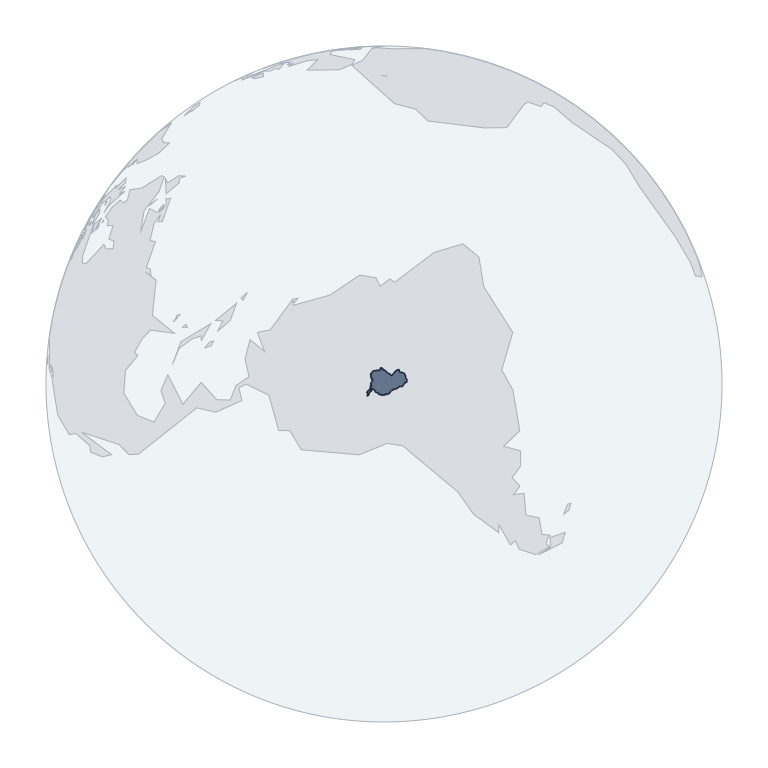 the Earth from above Rondônia, rotated 308°
{"feature_id": "BRA-595", "entity_name": "Rondônia", "entity_type": "State", "adm_level": 1, "iso_a3": "BRA", "parent_name": "Brazil", "parent_adm1": "", "projection": "orthographic", "projection_center": [-63.452, -10.832], "detail": "medium", "context": "on_globe", "style": "filled", "palette": "slate", "viewbox_px": 768, "rotation_deg": 308, "n_neighbors": 0, "source": "natural_earth", "source_scale": "10m", "svg_char_len": 7745}
<svg xmlns="http://www.w3.org/2000/svg" viewBox="0 0 768 768"><g transform="rotate(308 384 384)"><circle cx="384" cy="384" r="338" fill="#eef3f6" stroke="#a8b0b8"/><path d="M284.5,61.1L291.4,60.5L297.5,58.4L304.9,58.0L314.6,55.8L313.6,57.2L322.2,54.5L321.3,53.8L324.8,52.6L330.4,51.6L330.1,52.8L327.2,53.4L330.1,53.3L327.5,54.5L332.0,53.4L330.9,55.5L340.3,52.1L346.5,52.8L343.5,54.7L333.0,56.1L299.9,67.5L293.6,71.7L295.4,75.1L321.7,77.3L319.3,82.0L324.0,87.2L330.3,83.2L328.9,78.0L341.8,73.0L338.5,68.3L343.3,66.0L344.3,61.5L355.8,60.9L366.5,63.0L366.3,67.1L371.0,68.5L380.7,64.2L389.4,72.6L411.1,80.4L412.0,83.3L396.9,88.3L372.9,88.3L353.2,98.9L377.8,91.2L379.8,100.4L385.1,102.0L391.9,101.5L395.8,98.0L399.0,101.5L375.8,109.3L372.6,106.2L380.0,103.5L368.7,104.0L353.1,111.3L355.4,116.3L329.4,125.0L330.7,129.1L325.8,133.9L325.5,126.5L325.5,140.5L295.5,159.3L295.0,187.7L282.6,166.7L270.4,165.6L255.3,168.0L254.8,172.4L235.5,171.9L216.6,184.6L207.5,208.9L212.4,226.2L234.1,223.5L241.6,212.2L258.2,208.0L244.2,238.0L272.7,239.0L268.6,261.7L276.7,272.7L291.5,268.4L306.7,273.1L318.1,259.1L336.4,251.2L336.2,269.6L346.7,252.4L356.5,261.0L393.1,259.9L390.2,264.1L420.9,286.7L454.8,297.8L462.7,312.2L458.6,320.8L470.5,324.0L470.7,329.8L518.4,342.5L543.0,359.9L542.4,380.7L522.0,402.8L504.0,453.6L467.5,468.2L458.6,489.3L430.7,519.8L408.6,516.7L415.4,532.8L403.4,542.2L389.1,542.6L387.1,554.0L376.6,554.2L384.0,561.7L368.1,576.6L374.0,588.8L362.8,601.0L367.1,608.1L362.4,608.0L357.8,610.7L357.8,614.8L342.8,608.4L337.0,592.2L341.3,583.9L335.0,582.7L343.8,561.4L337.5,565.9L336.6,534.6L344.4,508.8L346.8,436.8L339.1,423.0L312.9,408.0L281.3,359.4L289.2,338.5L282.5,329.6L304.3,300.2L299.0,275.2L291.4,272.2L283.6,282.2L258.2,268.8L250.0,251.2L177.6,233.7L171.3,226.4L173.2,212.4L159.8,175.4L160.6,212.8L153.3,207.1L149.6,194.7L154.3,190.0L155.3,171.6L150.3,167.2L158.8,145.8L186.5,116.3L186.5,118.7L193.2,112.3L193.6,109.3L192.2,109.1L215.7,91.0L216.0,90.8L238.1,79.2L261.0,69.3L284.5,61.1ZM292.3,197.9L325.0,210.4L305.5,213.4L309.4,210.4L301.3,204.9L285.8,200.6L269.0,205.4L292.3,197.9ZM309.0,180.5L303.2,179.8L309.0,179.3L309.0,180.5ZM190.5,109.9L192.9,109.8L190.0,114.4L187.2,114.7L190.5,109.9ZM196.9,103.1L200.0,101.3L192.3,107.1L192.9,106.2L196.9,103.1ZM337.9,62.4L341.0,62.0L339.2,63.0L337.9,62.4ZM335.4,61.1L331.0,62.6L329.2,62.2L331.9,61.3L335.4,61.1ZM341.1,59.5L326.5,61.5L323.3,61.0L331.0,57.3L341.1,59.5ZM318.5,54.1L319.8,54.8L313.5,55.3L318.5,54.1ZM308.8,54.6L312.2,53.9L309.1,54.8L316.2,53.0L313.7,54.9L289.5,60.1L290.5,59.4L298.4,57.4L295.7,57.8L308.8,54.6ZM325.7,52.3L320.7,53.1L321.2,52.3L331.3,50.6L327.9,51.3L325.7,52.3ZM330.6,51.0L336.4,49.9L341.3,49.5L330.6,51.5L330.6,51.0ZM317.1,53.0L317.8,52.7L320.7,52.2L317.1,53.0ZM361.9,48.6L355.9,48.9L355.7,48.4L361.9,48.6ZM338.2,49.5L336.4,49.7L335.7,49.7L340.4,49.0L338.2,49.5ZM327.0,50.9L326.8,51.0L327.0,50.9ZM342.9,48.6L347.5,48.3L358.7,47.4L359.2,47.7L341.2,49.1L342.8,48.6L342.9,48.6ZM337.0,49.4L339.4,49.0L337.2,49.4L331.8,50.2L333.5,49.9L337.0,49.4ZM368.4,622.1L344.3,610.9L357.6,615.8L365.5,609.4L378.6,618.2L368.4,622.1ZM392.2,605.8L402.1,602.6L404.9,604.6L398.6,607.4L392.2,605.8ZM622.2,144.4L613.4,136.0L619.5,142.1L634.2,156.8L637.9,161.1L637.5,160.6L645.9,170.7L637.8,161.1L614.2,138.1L610.5,138.9L621.7,161.3L616.2,162.0L604.2,155.4L584.0,130.3L598.7,132.0L591.7,124.7L575.0,113.0L580.8,115.1L575.8,111.0L580.0,111.9L572.4,104.4L574.6,105.2L558.5,94.6L558.2,94.4L564.1,98.1L567.3,100.1L575.3,105.4L575.4,105.5L599.7,123.9L622.2,144.4ZM548.7,89.0L548.6,88.9L531.7,80.1L530.9,79.7L548.7,89.0ZM679.9,547.1L672.7,559.0L664.3,568.6L660.9,562.8L668.6,550.4L679.0,524.0L696.8,463.6L706.1,439.3L709.2,419.0L705.8,371.1L707.1,347.9L704.2,336.8L699.3,337.0L694.9,323.9L691.2,322.3L661.6,322.9L647.5,305.3L618.4,256.8L620.1,239.9L611.4,219.7L615.3,162.4L626.3,167.9L640.8,167.9L644.5,171.2L653.7,184.7L673.4,209.6L671.3,206.0L683.1,226.7L693.4,248.2L702.2,270.4L709.5,293.1L715.1,316.3L719.0,339.8L721.3,363.5L721.9,387.3L720.8,411.1L718.1,434.8L713.7,458.2L707.6,481.3L699.9,503.9L690.7,525.8L679.9,547.1ZM625.8,191.8L628.5,197.5L625.8,191.8ZM394.3,259.7L398.6,263.3L392.7,263.4L394.3,259.7ZM302.3,220.7L309.4,220.6L313.0,223.1L307.5,224.3L302.3,220.7ZM363.6,218.5L372.0,219.9L363.1,221.4L363.6,218.5ZM330.3,212.1L356.8,218.1L339.5,223.7L322.8,220.4L334.6,218.3L330.3,212.1ZM304.7,190.2L309.1,191.1L307.4,194.2L304.7,190.2ZM313.2,180.2L311.4,180.6L309.5,178.3L313.2,180.2ZM381.2,99.9L383.1,99.4L389.9,99.7L386.4,101.2L381.2,99.9ZM421.6,93.9L425.8,99.8L420.4,96.2L416.3,98.7L399.9,95.3L411.7,84.7L409.3,89.7L421.6,93.9ZM381.3,89.1L390.4,91.6L379.9,89.3L381.3,89.1ZM543.9,91.3L549.8,94.0L554.8,97.9L551.9,99.7L544.7,93.8L543.9,91.3ZM556.9,97.2L536.1,85.0L537.0,84.3L540.0,86.6L542.7,87.3L548.3,91.3L569.6,103.7L575.4,108.2L566.9,107.4L566.5,104.7L560.8,101.9L556.9,97.2ZM481.1,64.2L472.1,61.4L485.8,63.1L492.6,65.7L490.2,66.9L480.7,64.7L481.1,64.2ZM357.6,53.6L353.2,54.2L353.3,53.7L357.1,52.7L357.6,53.6ZM359.1,48.8L376.6,51.2L372.6,51.8L387.7,53.9L382.8,56.4L373.2,54.7L380.8,58.8L370.1,58.4L376.5,61.3L355.5,57.4L346.2,57.9L358.4,56.2L363.1,53.6L362.4,52.8L353.4,51.0L335.7,52.1L337.6,50.6L343.6,49.4L348.1,48.9L345.5,49.8L353.4,48.5L353.1,49.6L359.1,48.8ZM442.2,51.1L442.8,51.2L447.6,52.1L446.2,52.1L452.0,53.4L448.1,52.7L458.4,55.1L450.1,53.4L452.9,54.5L459.5,55.6L440.3,57.9L438.6,61.8L441.8,66.5L427.1,64.3L414.7,59.0L405.6,53.8L409.3,51.0L401.9,51.0L401.5,49.9L407.5,50.3L398.1,49.2L399.4,48.5L391.2,46.8L376.8,46.6L373.5,46.5L379.7,46.3L372.0,46.3L379.7,46.1L411.1,47.2L442.2,51.1ZM369.8,46.4L370.1,46.4L360.2,47.2L349.3,48.0L353.1,47.5L354.3,47.4L357.2,47.2L356.1,47.2L369.8,46.4ZM642.0,167.0L643.5,168.4L644.5,169.1L649.8,175.9L642.0,167.0ZM626.2,151.3L626.7,151.1L634.7,160.0L633.0,159.0L626.2,151.3ZM620.1,143.9L626.1,150.4L621.9,146.3L620.1,143.9Z" fill="#d9dde1" stroke="#a8b0b8" stroke-width="1"/><path d="M372.4,381.9L373.4,380.3L373.1,378.9L373.3,378.2L372.7,377.3L372.4,377.3L371.6,378.2L370.4,377.6L370.3,377.9L370.2,377.7L369.0,378.0L368.7,377.9L365.4,378.7L364.4,378.2L364.9,377.7L366.3,377.0L366.9,376.3L366.9,375.6L369.5,375.6L370.6,376.6L371.7,375.7L372.4,375.9L372.6,375.5L373.8,374.7L374.0,375.6L374.5,375.8L375.5,374.5L375.4,373.9L376.3,373.1L377.3,373.4L378.0,372.9L378.4,373.0L378.6,372.8L380.1,372.9L380.0,371.4L380.8,371.3L381.3,370.5L380.9,369.8L381.4,369.2L382.3,368.9L382.3,368.5L383.2,368.2L383.2,367.8L383.5,367.3L387.6,367.4L388.5,368.0L389.3,369.5L390.2,369.5L390.7,370.7L391.4,370.9L391.7,371.9L393.0,372.5L393.4,371.7L394.1,371.4L394.7,371.5L394.7,371.9L395.3,372.3L395.5,372.7L395.0,373.8L395.2,374.6L394.8,374.7L394.7,375.1L395.0,375.5L395.5,376.9L395.0,377.5L395.2,378.4L394.9,379.9L395.0,380.7L395.5,381.7L395.3,383.2L395.5,383.4L395.2,383.8L395.2,384.8L395.5,385.0L401.4,385.1L401.8,385.7L402.3,385.5L404.0,386.0L404.5,387.4L403.3,388.6L403.3,389.5L403.5,390.4L404.0,390.5L404.5,391.6L404.5,392.5L404.9,393.4L404.4,394.7L403.9,395.2L403.6,396.2L402.3,397.2L401.6,399.4L399.6,400.8L398.6,400.1L397.9,400.0L397.8,399.6L397.2,399.9L396.1,399.7L395.2,400.1L394.6,399.8L393.3,400.0L393.1,399.5L391.7,398.3L391.7,397.7L391.3,397.5L389.9,397.5L389.6,397.2L388.7,397.0L388.4,396.6L387.8,396.8L387.0,395.9L386.7,395.9L386.2,394.7L385.8,394.6L385.2,395.0L384.8,395.0L383.8,394.2L382.8,393.7L382.0,393.6L381.6,393.7L381.3,394.1L380.2,393.8L380.0,394.0L379.6,393.7L379.2,393.8L378.0,393.1L378.0,392.3L377.0,392.0L376.9,391.5L376.6,391.8L376.3,391.1L375.1,390.9L374.7,389.5L374.4,389.1L374.2,389.6L373.9,389.4L374.1,388.7L373.8,388.5L373.8,388.1L373.2,387.8L373.0,387.3L373.2,387.0L372.8,386.7L373.0,386.3L372.8,385.9L373.3,384.9L373.1,384.1L372.7,383.8L372.8,383.2L372.5,382.8L372.4,381.9Z" fill="#64748b" stroke="#1e293b" stroke-width="1.5"/></g></svg>